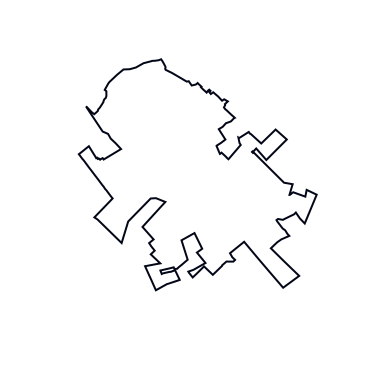 Cuzamá, Yucatán, Mexico, rotated 307°
{"feature_id": "50627088B68514471367949", "entity_name": "Cuzamá", "entity_type": "district", "adm_level": 2, "iso_a3": "MEX", "parent_name": "Mexico", "parent_adm1": "Yucatán", "projection": "robinson", "projection_center": [-89.348, 20.713], "detail": "fine", "context": "isolated", "style": "outline", "palette": "ink", "viewbox_px": 384, "rotation_deg": 307, "n_neighbors": 0, "source": "geoboundaries", "source_scale": "gbopen_adm2", "svg_char_len": 3246}
<svg xmlns="http://www.w3.org/2000/svg" viewBox="0 0 384 384"><g transform="rotate(307 192 192)"><path d="M154.1,78.9L152.5,84.5L152.3,85.4L152.2,86.0L151.5,88.6L151.1,89.8L150.4,92.2L150.2,92.8L150.2,93.0L150.1,93.3L149.7,94.5L148.9,97.5L148.3,99.6L147.5,102.4L147.3,103.1L147.0,104.1L146.3,106.7L145.7,108.8L143.4,116.8L143.0,118.5L142.2,120.6L141.8,122.8L141.1,125.1L140.7,126.4L139.8,129.6L139.4,131.3L139.2,131.8L139.1,132.5L127.5,131.1L115.3,129.6L114.2,129.5L113.0,129.3L113.2,133.2L108.9,166.5L126.2,160.2L130.0,158.8L161.9,162.9L164.1,165.4L165.4,167.0L168.0,176.7L161.1,176.0L134.3,173.5L131.0,189.9L125.4,188.5L124.1,192.1L122.7,197.5L117.4,196.6L115.9,209.6L104.5,199.2L99.0,209.2L99.0,209.3L91.8,222.3L103.1,227.3L114.4,235.1L118.0,228.2L119.3,225.6L117.1,224.1L116.5,223.8L115.6,223.2L114.5,222.0L109.7,217.9L108.3,217.2L110.3,214.0L118.3,220.7L120.8,222.7L119.9,224.3L121.8,226.4L123.7,226.6L127.6,227.6L135.3,229.3L147.1,212.7L160.7,218.7L152.8,234.3L146.6,232.4L143.4,245.5L130.7,240.0L126.2,237.0L125.6,238.5L124.2,244.0L129.5,244.9L139.8,246.4L138.4,258.5L151.1,260.5L151.6,260.2L157.2,261.4L161.3,266.9L163.7,267.3L164.1,263.6L166.0,259.2L183.6,263.6L178.3,286.5L174.4,304.1L170.4,322.4L189.5,328.1L191.8,309.3L191.8,309.2L194.5,288.9L203.1,290.3L208.0,291.9L215.5,296.1L216.0,293.3L217.5,289.5L217.4,286.4L219.8,277.8L219.9,277.6L220.4,276.4L222.2,276.9L224.5,281.4L225.9,282.0L235.7,287.0L238.1,287.3L235.8,294.1L234.7,301.0L264.9,293.2L262.7,282.3L256.5,285.3L253.9,276.9L252.7,273.0L250.2,272.2L250.1,272.3L248.4,271.8L248.3,271.6L258.8,267.7L254.8,259.9L259.2,228.1L260.7,217.4L259.9,217.2L260.1,215.8L260.9,215.9L260.9,216.6L265.4,217.1L262.3,232.1L291.0,236.1L292.2,221.2L272.4,218.1L273.7,204.5L273.5,203.0L274.1,201.2L263.5,197.2L263.4,196.3L259.7,200.5L258.9,202.6L252.5,202.2L240.1,201.4L240.3,198.9L240.5,198.6L241.2,191.9L240.3,191.7L239.4,191.5L239.2,191.4L239.3,191.2L239.7,190.5L243.6,183.8L243.8,183.8L248.6,185.6L254.0,187.1L258.3,175.6L261.8,177.0L262.5,177.3L267.3,177.7L268.5,178.5L271.8,180.6L275.7,181.1L276.5,181.2L277.0,181.5L277.4,176.6L277.7,173.9L278.0,171.3L278.2,168.3L278.8,166.6L281.4,166.2L282.0,165.4L285.9,166.1L285.4,161.9L283.0,161.1L284.0,155.4L284.4,148.9L281.6,148.1L282.2,145.7L283.9,145.9L284.1,144.2L282.5,143.8L280.4,143.9L280.2,143.9L280.5,140.5L280.5,140.4L280.7,138.4L281.1,136.1L281.8,136.2L282.2,132.3L282.4,130.9L280.3,130.5L276.9,127.7L278.5,122.7L277.0,121.4L275.1,104.8L273.7,97.4L274.3,96.4L275.3,96.1L276.2,95.2L277.1,93.2L278.0,91.3L278.8,89.3L279.4,87.4L277.3,86.2L274.4,83.3L272.6,81.1L272.1,80.9L265.7,75.8L257.7,72.3L252.6,68.4L248.6,63.5L240.4,61.6L230.4,59.9L228.8,59.8L222.1,60.7L221.0,60.9L221.0,62.9L217.1,65.9L215.4,66.5L213.5,66.2L211.8,66.5L210.5,67.1L208.5,67.3L204.0,67.6L201.4,67.4L200.2,68.0L198.0,67.7L195.3,67.1L195.4,63.9L196.6,56.7L196.5,55.9L186.5,84.3L187.9,90.0L185.7,95.0L185.0,101.5L183.6,109.5L164.8,101.9L165.0,101.3L165.1,100.9L165.2,100.6L165.3,100.3L164.0,99.7L163.8,99.6L163.1,99.3L162.7,99.2L162.8,99.0L162.6,98.9L162.8,98.1L162.7,98.0L162.5,97.9L162.6,97.2L161.9,97.0L161.7,96.9L161.8,96.5L161.9,96.0L162.2,95.5L161.4,95.1L162.2,93.2L166.5,82.1L163.1,81.2L158.2,80.0L154.1,78.9Z" fill="none" stroke="#020617" stroke-width="2"/></g></svg>